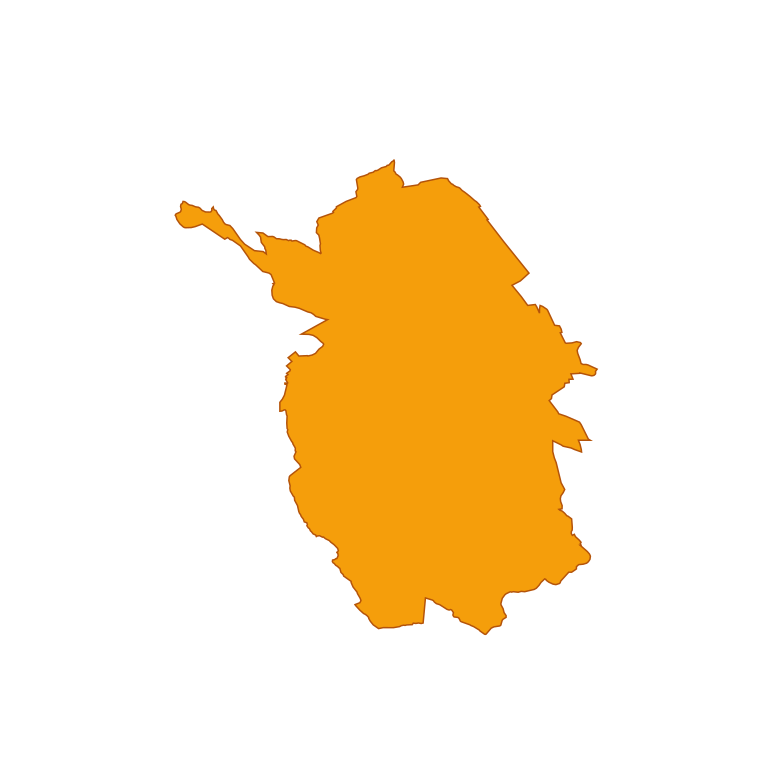 outline of Tlacotepec de Benito Juárez, Puebla, Mexico, rotated 124°
{"feature_id": "50627088B64000676175111", "entity_name": "Tlacotepec de Benito Juárez", "entity_type": "district", "adm_level": 2, "iso_a3": "MEX", "parent_name": "Mexico", "parent_adm1": "Puebla", "projection": "equal_earth", "projection_center": [-97.63, 18.634], "detail": "fine", "context": "isolated", "style": "filled", "palette": "amber", "viewbox_px": 768, "rotation_deg": 124, "n_neighbors": 0, "source": "geoboundaries", "source_scale": "gbopen_adm2", "svg_char_len": 6171}
<svg xmlns="http://www.w3.org/2000/svg" viewBox="0 0 768 768"><g transform="rotate(124 384 384)"><path d="M360.8,651.5L361.4,650.2L363.4,647.7L365.4,642.7L366.0,638.3L365.9,637.0L365.4,635.9L362.1,631.3L359.2,628.6L353.0,624.1L353.0,597.0L350.1,595.6L350.0,594.1L350.3,592.6L349.6,590.0L349.8,580.2L354.5,567.9L355.8,565.2L356.9,559.2L356.9,557.4L358.5,547.4L356.4,541.5L356.4,538.9L361.5,531.2L362.9,532.2L363.2,530.8L365.0,530.9L368.9,529.5L372.9,526.4L375.2,523.3L375.9,519.3L375.0,515.9L373.9,513.0L372.7,505.9L370.1,500.8L368.6,496.5L366.9,487.6L365.7,484.2L365.7,481.1L366.1,478.4L363.1,468.8L362.2,466.8L388.9,480.4L384.8,473.9L383.3,470.0L383.1,465.6L384.1,460.1L384.3,457.1L384.7,456.3L387.1,455.9L391.5,457.4L396.9,457.9L400.2,459.8L403.4,462.8L403.3,463.3L408.4,470.2L406.9,475.4L415.8,478.2L416.8,473.0L423.5,474.9L424.5,469.7L425.7,469.3L429.6,470.7L429.9,468.8L432.7,469.8L433.0,468.4L433.9,468.8L434.3,467.7L435.3,467.9L436.9,464.5L437.3,464.4L438.6,466.7L439.5,466.2L438.9,464.0L448.9,460.3L453.5,459.8L457.4,460.1L464.8,455.1L463.5,453.5L461.1,452.1L460.7,451.2L461.0,450.4L464.0,447.6L464.6,446.5L470.7,442.8L475.0,439.5L475.6,438.3L477.9,437.4L480.5,433.8L483.2,428.6L483.8,426.8L484.6,426.0L486.7,421.7L489.1,420.2L489.2,419.3L489.7,419.0L494.2,418.2L496.1,416.3L497.9,408.8L499.6,406.4L512.5,410.6L513.9,410.6L517.3,408.9L520.9,404.9L523.0,403.8L525.1,401.8L527.7,396.5L527.9,395.1L530.4,393.0L533.2,387.7L537.3,383.4L538.4,381.8L539.0,380.1L540.1,378.5L541.2,375.2L542.9,373.0L542.2,370.4L543.4,368.9L544.6,368.7L545.6,366.3L545.6,365.0L546.9,362.8L547.0,361.7L547.9,358.9L547.4,356.2L548.3,354.8L547.4,354.4L545.8,352.6L545.4,349.4L544.7,348.6L545.0,346.1L544.4,341.8L544.9,339.7L545.1,335.7L546.2,330.5L547.7,328.7L549.0,328.5L549.9,329.0L550.1,328.8L550.3,327.5L552.0,326.0L555.1,325.5L555.6,326.2L557.3,326.8L558.7,328.2L560.1,327.5L560.7,326.1L560.6,325.0L561.3,322.6L561.2,320.2L561.6,319.1L561.5,317.6L564.3,314.3L564.8,311.3L565.8,310.0L566.0,300.9L567.0,300.2L569.6,296.1L571.6,290.0L572.6,288.8L575.0,283.9L576.4,282.0L578.8,281.7L583.1,284.7L583.5,283.8L585.0,277.6L585.7,272.6L585.4,270.6L585.6,268.2L586.1,266.3L587.0,265.4L588.4,262.5L589.7,258.2L589.8,251.7L586.4,248.4L580.8,240.0L576.4,235.4L574.7,234.5L572.9,232.8L572.4,231.6L571.0,230.4L567.7,226.0L565.9,226.0L564.7,223.7L562.8,221.7L561.8,219.3L560.3,217.9L538.2,230.0L536.1,223.2L536.0,221.9L536.6,220.3L536.8,217.8L535.8,214.4L535.6,205.8L535.1,204.0L534.6,203.2L533.9,202.9L533.5,201.6L534.7,198.6L537.0,197.7L537.8,196.3L537.9,195.6L536.2,192.2L536.3,190.8L537.9,188.0L537.9,187.1L535.6,178.1L535.6,176.9L535.0,174.0L534.7,167.5L535.1,166.2L535.2,160.9L535.0,160.1L534.3,159.5L526.5,158.6L523.9,157.1L519.8,152.7L518.6,152.3L513.8,153.9L512.3,153.7L509.2,152.3L507.7,153.3L506.4,156.6L503.7,159.6L501.7,163.4L500.7,164.3L495.5,166.1L491.0,165.9L489.5,165.4L485.7,163.2L485.2,161.9L483.9,160.7L481.6,156.3L479.2,154.3L477.5,151.2L470.3,144.6L468.1,143.5L464.2,142.9L460.7,142.9L455.7,141.8L455.5,140.4L456.0,139.7L456.1,136.4L455.4,132.0L454.2,129.3L451.3,127.0L450.3,126.8L448.5,127.3L436.7,125.6L435.1,123.2L430.9,121.5L429.7,121.1L427.8,122.3L424.9,121.6L422.0,118.1L419.2,115.8L417.1,115.2L414.2,115.2L411.3,116.6L410.1,118.5L409.2,121.7L408.0,131.3L407.4,130.6L406.3,132.2L405.3,132.0L404.9,132.5L404.2,135.1L403.5,139.9L402.2,142.2L404.2,143.2L403.2,145.2L401.5,146.2L399.9,146.3L397.6,147.7L390.9,153.0L390.7,157.6L391.0,158.7L390.1,162.0L389.7,165.2L390.3,167.6L390.1,168.9L387.9,166.6L385.2,168.3L382.7,171.8L380.5,173.7L377.7,174.8L373.9,174.7L370.4,175.2L366.9,181.9L352.9,197.3L350.0,201.5L345.7,206.3L336.7,212.4L335.4,203.2L335.4,200.7L332.4,193.1L331.8,189.5L329.9,182.2L328.1,183.7L324.5,187.6L321.9,191.4L315.3,181.6L315.4,183.8L307.5,197.7L306.3,200.6L309.0,215.2L311.0,222.5L309.9,224.4L305.4,237.8L302.5,237.0L299.1,238.6L285.5,233.0L282.3,234.5L279.3,231.2L276.7,233.3L274.3,230.0L271.1,234.7L265.6,227.6L265.3,227.8L261.2,216.6L260.4,215.6L259.3,214.7L257.5,214.3L256.5,214.7L255.3,215.7L252.5,215.6L254.1,225.4L254.8,227.4L256.5,229.9L256.8,232.1L254.2,235.0L250.3,240.5L248.1,242.7L244.8,243.3L240.3,243.0L239.8,244.3L241.2,248.0L244.8,251.1L248.4,255.8L248.5,256.8L243.0,266.5L241.7,265.4L239.5,267.7L237.7,271.0L239.9,275.4L231.4,289.6L231.0,290.9L231.0,295.8L231.6,298.5L234.7,297.1L238.3,294.7L234.7,300.4L233.5,303.0L238.5,308.8L234.8,319.0L230.6,333.1L222.3,328.6L211.0,325.8L199.0,364.5L190.4,390.4L189.3,389.7L184.3,404.4L182.8,403.4L182.0,405.1L181.2,409.2L181.2,411.5L180.4,417.7L179.9,424.4L179.9,427.4L179.2,430.7L179.3,431.9L180.1,434.5L180.3,437.6L180.0,438.7L180.4,440.0L179.4,444.0L178.2,446.2L181.3,451.9L196.3,466.4L199.9,467.1L210.6,478.8L207.3,479.5L205.7,481.3L204.0,484.5L203.4,486.4L203.1,489.9L203.3,491.1L202.0,493.8L201.8,495.1L194.5,499.2L192.8,500.8L192.1,500.8L194.3,501.2L195.4,501.8L199.3,502.3L200.1,502.6L200.9,503.6L202.4,503.8L206.2,507.0L210.0,508.6L211.2,509.4L212.0,510.6L214.5,511.4L217.6,514.2L219.0,514.5L222.5,516.9L225.7,519.7L228.6,521.2L230.0,521.2L236.3,515.2L237.4,514.7L240.3,514.8L243.7,511.4L245.1,511.4L253.8,517.5L263.7,522.6L264.7,521.9L269.5,522.9L270.0,521.8L271.3,522.3L282.8,530.8L287.0,530.5L289.0,527.4L292.2,527.1L296.3,524.7L297.0,521.3L299.0,519.1L303.3,515.1L305.0,514.5L309.2,511.2L310.6,509.4L311.3,509.5L311.5,511.6L312.6,517.4L312.9,524.1L313.4,525.7L312.9,527.5L314.1,536.7L314.7,537.8L316.9,540.2L317.0,540.9L316.7,541.4L317.6,542.7L318.5,543.3L318.9,545.9L320.4,547.9L321.3,549.6L322.1,551.9L323.7,554.4L323.6,557.5L323.9,558.7L326.7,562.7L326.5,568.8L329.6,574.5L330.3,571.2L331.2,568.6L335.2,564.9L337.0,559.6L338.4,558.4L339.1,556.9L342.0,554.3L341.8,558.2L345.9,566.0L346.0,577.7L344.5,583.8L339.7,596.3L338.8,600.4L340.1,604.1L340.2,605.3L339.6,607.5L338.2,610.0L336.4,614.9L336.0,616.7L334.1,620.3L334.6,621.9L334.0,623.2L332.7,624.6L334.9,624.9L336.3,623.8L338.0,623.8L338.7,624.3L341.2,628.2L341.8,631.9L341.1,634.9L341.2,636.6L342.5,639.3L343.2,642.9L344.2,644.9L344.5,646.2L344.2,650.3L344.4,651.5L345.0,652.7L347.2,652.1L348.5,652.8L350.5,652.0L352.6,649.7L354.5,649.1L355.6,649.2L359.2,651.5L360.8,651.5Z" fill="#f59e0b" stroke="#b45309" stroke-width="1.5"/></g></svg>